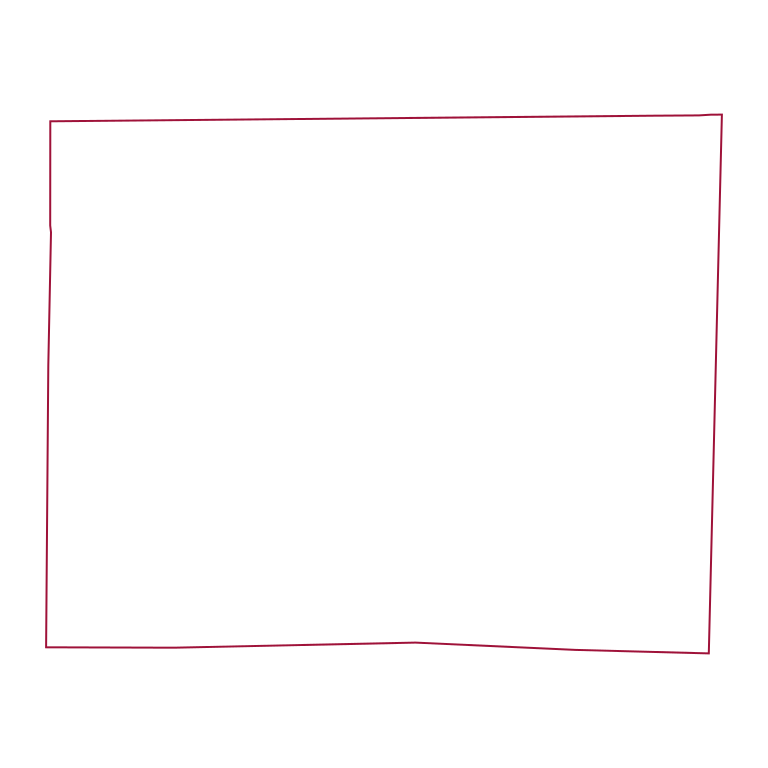 the district of Linn, Missouri, United States of America
{"feature_id": "52423323B93624151599434", "entity_name": "Linn", "entity_type": "district", "adm_level": 2, "iso_a3": "USA", "parent_name": "United States of America", "parent_adm1": "Missouri", "projection": "robinson", "projection_center": [-93.129, 39.869], "detail": "fine", "context": "isolated", "style": "outline", "palette": "rose", "viewbox_px": 768, "rotation_deg": 0, "n_neighbors": 0, "source": "geoboundaries", "source_scale": "gbopen_adm2", "svg_char_len": 289}
<svg xmlns="http://www.w3.org/2000/svg" viewBox="0 0 768 768"><path d="M50.2,225.5L51.0,232.3L48.3,365.4L46.1,647.3L174.0,647.7L415.5,642.6L575.5,649.9L708.8,653.4L721.9,114.6L710.5,114.7L699.0,115.4L653.5,115.7L50.3,121.3L50.2,225.5Z" fill="none" stroke="#9f1239" stroke-width="2"/></svg>